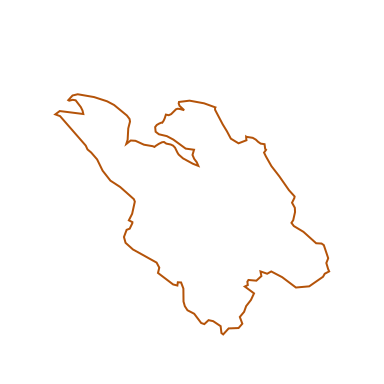 outline of Essex, rotated 226°
{"feature_id": "GBR-2317", "entity_name": "Essex", "entity_type": "Administrative County", "adm_level": 1, "iso_a3": "GBR", "parent_name": "United Kingdom", "parent_adm1": "", "projection": "robinson", "projection_center": [0.635, 51.797], "detail": "fine", "context": "isolated", "style": "outline", "palette": "amber", "viewbox_px": 384, "rotation_deg": 226, "n_neighbors": 0, "source": "natural_earth", "source_scale": "10m", "svg_char_len": 2177}
<svg xmlns="http://www.w3.org/2000/svg" viewBox="0 0 384 384"><g transform="rotate(226 192 192)"><path d="M295.2,146.4L299.2,147.8L338.2,149.8L342.8,147.6L342.1,153.1L323.6,168.0L326.6,169.8L330.3,171.0L338.8,172.0L341.2,170.2L343.0,167.1L344.0,166.8L344.4,173.1L341.7,177.7L328.3,187.5L316.3,193.9L308.7,196.4L292.3,198.3L287.9,197.8L285.7,196.3L282.0,190.3L274.3,182.0L272.2,178.1L271.6,183.7L268.1,186.9L259.4,190.3L252.2,195.6L250.5,196.3L250.4,197.9L249.7,201.5L248.6,205.0L247.4,206.6L244.7,207.1L240.9,209.7L238.5,210.6L235.7,210.6L230.5,208.9L228.2,208.4L222.4,208.9L211.6,212.3L206.4,214.7L210.1,216.1L214.3,216.6L218.3,218.1L221.0,222.8L227.6,217.6L242.6,215.0L249.7,212.7L256.5,208.3L260.6,207.7L264.3,210.6L264.7,213.2L264.0,216.0L263.1,218.3L262.5,218.7L263.0,221.1L263.9,223.4L265.8,227.0L263.4,228.6L262.5,231.1L262.6,238.0L261.8,239.6L259.9,241.1L256.3,243.2L262.7,242.9L264.9,243.9L265.8,245.2L259.4,253.7L247.4,262.3L236.8,267.5L236.8,267.3L235.1,265.7L219.4,261.1L211.4,259.3L203.4,257.0L194.7,259.3L191.4,267.1L193.8,269.0L194.2,269.4L193.6,269.5L193.3,269.9L188.8,273.3L185.3,274.3L182.2,274.4L179.1,275.0L176.0,277.4L172.2,274.6L170.9,274.6L170.3,271.2L166.3,269.9L155.4,267.1L142.7,265.7L125.9,263.0L117.5,262.7L116.6,261.5L114.8,256.5L109.2,255.0L106.0,252.2L101.4,245.2L100.7,242.1L96.8,241.6L85.9,244.5L77.4,245.1L68.9,245.7L64.9,249.4L62.2,249.9L49.8,244.0L49.0,242.4L47.6,239.3L42.6,236.7L42.0,236.4L39.6,235.5L41.0,230.7L40.0,227.4L42.7,210.8L51.1,200.4L68.1,197.7L79.8,193.8L81.0,189.3L87.3,186.1L83.3,183.5L83.5,176.7L89.5,171.5L89.0,169.5L86.3,167.5L87.3,164.3L76.0,166.2L73.4,159.4L72.3,151.7L69.6,146.2L68.9,139.6L62.3,136.7L61.8,131.0L68.4,123.6L67.9,115.5L70.1,115.2L75.6,119.4L84.4,117.5L88.3,114.9L88.4,109.1L91.4,107.6L102.9,109.0L110.1,106.6L114.8,107.5L119.1,109.8L128.5,118.7L134.5,121.3L136.9,119.1L134.9,116.5L138.6,114.2L157.4,111.3L160.3,115.9L165.8,117.5L191.7,109.6L201.6,108.9L206.9,111.8L210.2,118.7L208.9,121.7L211.0,127.4L211.7,128.2L215.5,126.9L217.9,133.8L224.8,144.2L227.2,145.2L245.5,143.8L256.8,141.2L269.4,142.5L281.4,146.4L290.5,146.9L295.2,146.4L295.2,146.4Z" fill="none" stroke="#b45309" stroke-width="2"/></g></svg>